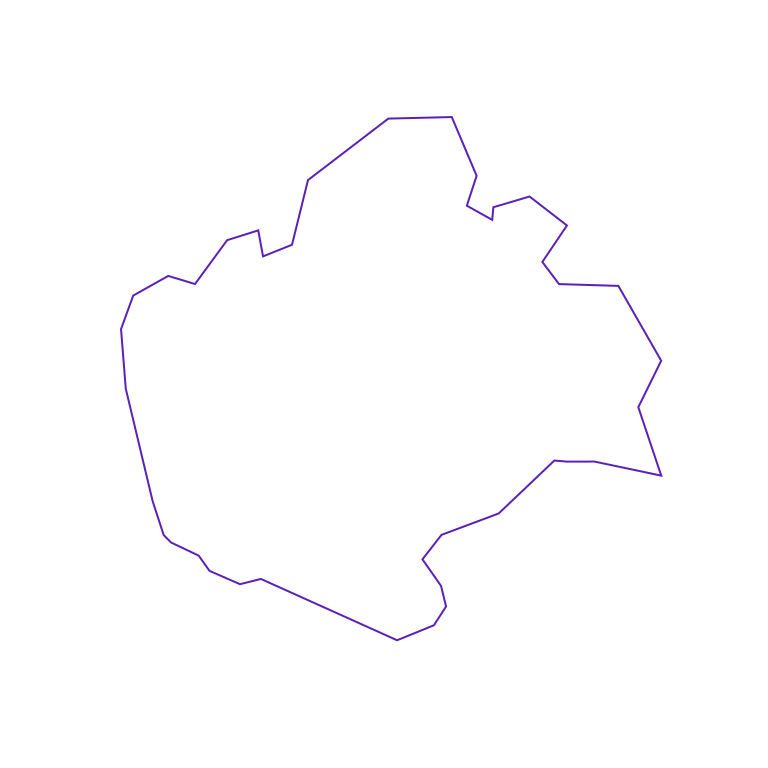 outline of Melut, Upper Nile, South Sudan, rotated 246°
{"feature_id": "79223893B2646445325724", "entity_name": "Melut", "entity_type": "district", "adm_level": 2, "iso_a3": "SSD", "parent_name": "South Sudan", "parent_adm1": "Upper Nile", "projection": "albers", "projection_center": [32.581, 10.371], "detail": "fine", "context": "isolated", "style": "outline", "palette": "violet", "viewbox_px": 768, "rotation_deg": 246, "n_neighbors": 0, "source": "geoboundaries", "source_scale": "gbopen_adm2", "svg_char_len": 682}
<svg xmlns="http://www.w3.org/2000/svg" viewBox="0 0 768 768"><g transform="rotate(246 384 384)"><path d="M600.1,554.5L600.3,554.5L624.7,495.9L601.2,397.5L548.6,356.6L549.8,325.4L575.5,331.6L579.2,299.2L552.2,252.0L570.5,230.8L566.8,190.9L541.1,166.1L484.8,146.2L371.1,125.0L335.6,121.3L325.8,125.0L302.6,144.9L284.2,148.6L259.7,171.0L256.0,192.2L144.6,291.7L143.3,331.5L155.5,350.2L176.3,354.0L208.2,347.8L222.8,375.2L219.1,436.2L244.8,508.5L238.6,519.7L227.6,544.6L187.5,600.0L259.4,606.9L292.5,646.7L378.3,638.0L404.1,584.5L431.1,578.3L454.4,615.6L496.1,593.2L501.0,555.8L489.9,549.6L513.2,532.2L536.5,553.3L600.1,554.5Z" fill="none" stroke="#5b21b6" stroke-width="2"/></g></svg>